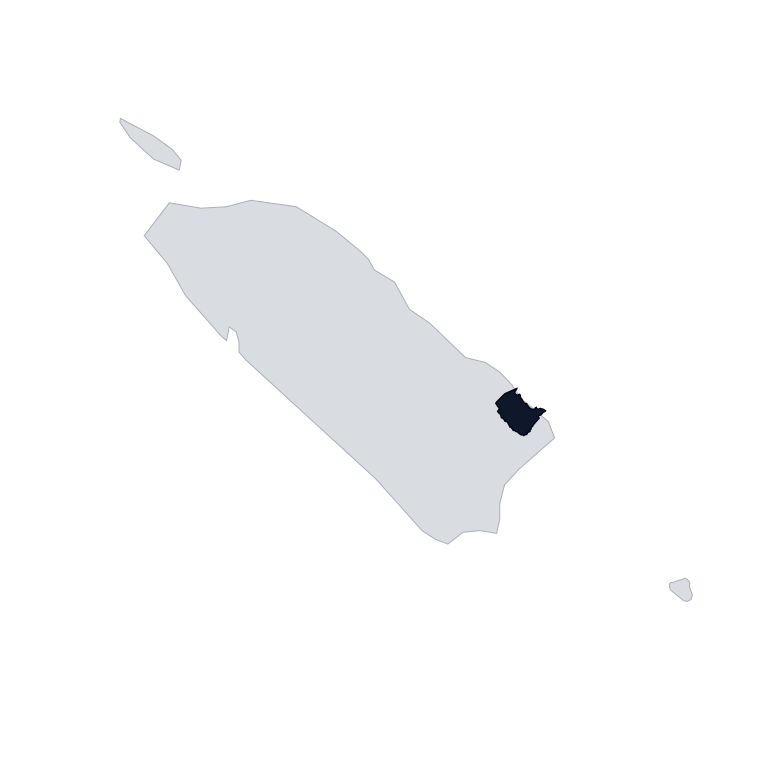 Lajas, Puerto Rico shown in context, rotated 221°
{"feature_id": "32010507B28103012902602", "entity_name": "Lajas", "entity_type": "district", "adm_level": 2, "iso_a3": "PRI", "parent_name": "Puerto Rico", "parent_adm1": "", "projection": "albers", "projection_center": [-67.049, 18.006], "detail": "fine", "context": "in_parent", "style": "filled", "palette": "ink", "viewbox_px": 768, "rotation_deg": 221, "n_neighbors": 0, "source": "geoboundaries", "source_scale": "gbopen_adm2", "svg_char_len": 2952}
<svg xmlns="http://www.w3.org/2000/svg" viewBox="0 0 768 768"><g transform="rotate(221 384 384)"><path d="M521.0,320.6L529.8,326.4L538.2,325.5L531.3,313.4L537.6,313.3L591.7,320.5L626.5,332.8L662.3,338.6L664.9,379.9L637.5,396.6L619.6,414.0L605.0,435.3L566.6,460.2L520.0,467.9L489.1,468.7L477.5,467.9L466.2,463.7L442.8,467.8L413.9,457.1L389.1,459.9L339.9,457.4L321.5,466.8L303.8,468.9L286.5,467.2L271.8,463.0L235.3,463.4L219.9,455.2L226.3,408.1L226.8,386.8L217.9,369.2L208.1,358.1L201.0,345.1L215.3,336.4L227.1,323.9L230.8,305.1L243.6,300.4L258.7,298.3L328.3,307.0L504.3,311.5L514.3,313.0L521.0,320.6ZM720.4,420.1L698.2,422.1L683.8,419.8L678.9,411.0L705.6,402.5L737.0,403.4L755.0,408.2L757.2,411.5L720.4,420.1ZM29.0,435.2L26.3,435.4L23.7,435.1L22.5,434.3L20.7,431.5L12.7,427.0L10.8,423.0L12.6,418.7L15.9,417.0L32.3,416.5L33.9,417.0L37.2,420.0L37.3,422.1L35.6,424.1L32.8,429.3L31.6,430.6L30.6,432.0L30.2,434.3L29.0,435.2Z" fill="#d9dde1" stroke="#a8b0b8" stroke-width="1"/><path d="M244.5,469.7L246.9,469.5L249.0,468.5L250.2,468.0L251.0,466.1L251.9,465.8L252.4,465.6L253.1,465.9L253.3,466.0L253.8,466.2L254.1,465.0L253.9,464.8L253.7,464.4L254.3,463.2L255.1,462.3L256.5,461.7L256.8,461.6L257.0,461.6L258.5,461.4L259.9,461.6L260.0,461.6L262.3,462.2L262.5,462.2L263.5,462.7L263.8,462.4L264.3,462.0L265.7,461.7L265.9,461.7L266.7,461.9L267.3,462.0L267.5,462.0L268.6,462.3L269.0,462.5L270.2,463.0L270.8,463.1L271.6,463.2L271.9,463.2L272.8,464.0L273.8,464.8L274.2,465.1L275.2,465.0L275.3,464.8L275.4,464.4L275.4,463.4L276.9,462.7L278.4,462.6L279.9,463.4L280.0,463.4L280.3,464.4L280.4,464.8L280.4,465.8L280.5,466.3L280.7,467.7L280.8,467.8L286.2,456.3L286.3,456.0L286.6,453.2L286.7,451.3L286.7,451.2L286.8,449.6L287.2,443.8L287.0,443.0L286.7,442.6L285.2,442.5L284.5,442.0L280.4,441.2L280.6,440.7L280.3,439.5L280.5,439.3L280.2,438.6L280.3,437.9L278.3,437.4L277.7,437.9L277.4,437.9L276.9,437.8L276.8,437.6L275.9,437.2L274.9,437.1L274.2,436.2L273.8,436.1L273.3,435.6L272.8,435.9L272.3,435.9L271.9,436.4L271.3,436.3L271.0,436.1L270.5,436.1L268.3,435.3L268.0,435.3L267.9,436.0L266.1,436.2L265.6,436.1L265.3,436.3L265.1,436.0L264.4,435.7L263.2,435.1L262.8,435.1L261.4,434.6L260.7,434.2L260.5,434.6L259.9,434.7L258.2,434.4L257.2,434.3L256.2,433.8L255.7,434.1L255.3,434.5L254.7,434.9L254.2,434.6L253.6,434.6L252.9,435.2L252.4,435.1L251.6,435.9L250.7,435.3L250.0,435.3L249.4,435.5L248.6,435.4L247.3,435.9L247.0,435.7L246.8,436.2L246.2,436.5L245.8,436.6L245.4,436.8L244.7,436.8L244.3,438.3L243.6,439.1L243.3,439.7L243.4,440.7L243.8,440.8L244.2,441.7L243.6,442.2L242.9,443.4L242.8,444.1L243.5,444.4L243.4,444.8L243.5,445.3L243.5,446.3L244.3,448.0L244.4,448.8L244.1,449.7L244.5,450.5L244.6,453.8L244.6,454.4L244.6,459.0L244.5,459.6L244.7,460.1L245.1,460.3L245.7,460.3L246.4,460.6L246.6,460.9L246.2,462.3L245.6,463.0L245.6,463.5L245.2,464.2L245.4,466.2L245.2,467.0L245.1,467.7L244.6,468.7L244.5,469.6L244.5,469.7Z" fill="#0f172a" stroke="#020617" stroke-width="1.5"/></g></svg>